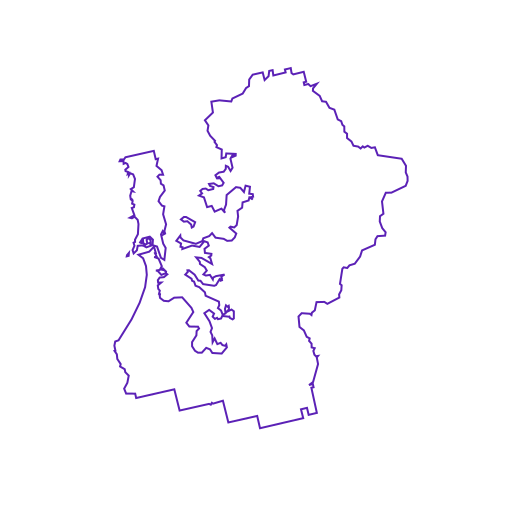 Lake Macquarie, New South Wales, Australia, rotated 157°
{"feature_id": "25037944B40753124190116", "entity_name": "Lake Macquarie", "entity_type": "district", "adm_level": 2, "iso_a3": "AUS", "parent_name": "Australia", "parent_adm1": "New South Wales", "projection": "orthographic", "projection_center": [151.587, -33.038], "detail": "fine", "context": "isolated", "style": "outline", "palette": "violet", "viewbox_px": 512, "rotation_deg": 157, "n_neighbors": 0, "source": "geoboundaries", "source_scale": "gbopen_adm2", "svg_char_len": 6146}
<svg xmlns="http://www.w3.org/2000/svg" viewBox="0 0 512 512"><g transform="rotate(157 256 256)"><path d="M249.6,377.2L248.6,373.3L249.9,371.7L245.9,367.4L249.6,359.3L245.3,358.8L243.3,362.0L234.8,357.9L235.5,356.3L239.3,356.3L237.7,357.4L238.8,357.6L241.5,355.6L243.1,346.4L246.2,344.2L246.8,349.0L248.5,350.8L249.8,348.0L252.8,346.2L257.5,347.3L261.8,346.2L261.6,342.7L259.9,342.0L260.5,343.3L258.9,343.2L257.2,336.0L259.6,334.2L263.3,334.9L266.5,339.4L271.1,340.7L271.0,338.6L268.2,336.0L269.2,334.4L274.2,335.2L275.9,337.7L279.0,338.6L281.9,337.7L281.2,334.7L284.9,333.9L281.0,330.3L281.9,320.1L277.2,319.4L276.7,313.0L269.3,313.1L267.6,307.9L267.7,310.6L263.5,315.0L259.2,323.6L247.5,327.2L243.8,324.9L242.1,319.6L238.1,324.8L234.5,322.1L237.9,316.0L234.8,314.2L235.5,311.7L237.4,312.1L237.0,309.4L239.2,312.5L241.1,310.0L247.4,310.6L249.9,305.9L255.4,304.8L257.0,299.4L261.7,292.0L264.9,290.8L268.0,293.0L269.4,292.5L265.4,284.4L268.3,281.4L272.3,279.7L276.6,281.2L279.0,284.4L286.1,288.7L287.5,294.2L291.3,292.6L297.6,292.9L299.6,290.7L306.6,290.7L316.7,298.7L318.3,302.6L317.7,304.4L323.4,301.1L320.1,296.8L321.9,294.0L320.2,292.8L321.1,291.2L310.8,290.6L304.4,286.4L297.8,289.8L295.2,287.4L295.4,284.0L300.6,282.7L301.8,278.8L296.2,275.4L297.0,273.9L299.8,273.4L298.9,271.8L299.6,265.8L306.9,275.5L311.6,278.1L310.0,272.6L310.7,270.6L307.5,265.7L307.0,261.8L311.6,259.6L309.8,257.6L305.8,256.6L304.9,251.3L303.8,252.9L300.7,253.1L292.2,251.2L296.0,250.6L296.4,248.7L295.3,248.4L296.7,248.6L296.8,247.0L298.3,247.1L298.7,248.8L304.1,244.9L306.1,244.9L315.7,250.8L316.8,254.9L318.7,255.9L319.8,262.8L323.3,269.1L324.7,269.6L325.0,268.0L328.4,266.5L324.2,260.2L324.5,258.2L323.0,256.6L323.3,252.3L320.4,249.5L317.2,242.5L317.9,239.1L308.0,228.5L309.0,225.1L311.4,222.9L309.5,219.5L309.6,214.9L306.4,215.1L305.2,219.5L302.9,222.3L302.0,220.4L300.6,220.8L300.9,219.4L301.9,217.4L305.3,215.9L299.5,216.3L298.0,213.8L300.8,207.2L302.3,206.8L304.3,209.3L304.0,211.6L304.3,210.5L310.5,214.0L312.6,212.1L315.7,212.7L316.0,214.3L318.4,214.2L319.6,217.1L317.1,219.4L320.2,224.7L325.9,223.5L324.3,214.1L324.7,206.8L327.5,203.9L327.3,200.1L329.6,193.6L326.3,196.3L326.0,190.0L322.5,189.9L321.7,187.1L319.5,185.4L317.9,186.3L318.5,183.3L325.7,179.6L334.1,183.8L334.8,188.0L337.7,190.9L343.6,188.2L347.2,189.7L349.2,192.6L350.1,197.9L348.5,201.7L341.9,206.2L340.0,210.1L336.8,211.5L337.0,213.6L344.9,217.1L346.2,221.8L335.6,228.9L335.7,233.5L340.1,246.8L347.6,249.6L354.2,248.5L358.4,250.8L360.7,254.9L359.9,258.2L358.6,257.9L360.1,259.0L358.1,261.7L358.8,263.9L357.9,267.3L353.6,268.6L356.5,269.7L355.8,272.1L353.1,273.8L349.0,272.5L344.8,273.8L345.8,275.4L350.5,275.6L352.3,280.7L353.8,281.7L350.1,280.8L346.7,283.4L346.7,291.7L350.1,294.9L347.6,293.7L348.0,299.1L347.2,296.6L346.3,304.4L352.6,301.7L363.7,303.1L360.8,298.0L361.2,289.7L363.9,281.3L370.3,270.6L381.4,258.4L395.3,246.3L415.5,232.1L419.0,232.3L421.4,228.8L422.4,223.8L423.3,223.9L422.5,219.9L423.9,215.4L422.8,209.4L424.3,207.4L421.1,203.1L421.7,200.1L419.9,195.6L424.0,189.5L429.2,185.4L429.3,180.1L421.0,176.5L421.8,172.1L383.3,165.2L386.7,143.6L357.0,138.2L355.7,136.8L354.0,138.1L353.3,136.9L343.0,135.7L346.5,113.6L317.4,108.3L319.6,95.9L275.9,88.3L274.5,97.3L268.4,96.3L269.6,89.2L261.3,87.8L256.5,113.1L254.3,112.7L253.7,115.9L257.6,116.5L252.7,117.7L241.1,132.3L239.7,138.9L238.0,139.8L240.0,140.3L240.8,142.3L240.3,146.2L238.0,148.2L240.5,150.1L239.1,153.6L240.3,157.1L238.8,159.2L240.9,161.8L241.0,168.8L243.7,173.7L240.5,183.7L236.3,185.5L229.0,181.8L228.0,180.0L226.7,182.0L223.1,183.0L218.3,189.9L211.0,187.0L209.0,184.1L195.5,185.2L194.5,188.2L190.9,191.1L188.6,195.6L189.6,197.5L181.5,210.5L179.7,211.3L176.7,209.3L173.6,210.9L168.1,210.3L160.4,214.8L156.2,219.7L142.2,219.9L139.5,224.7L136.4,226.8L129.2,224.3L127.4,227.2L128.9,232.3L128.6,239.4L126.3,244.2L122.2,245.1L118.7,257.0L111.8,263.5L106.6,261.4L90.8,262.1L87.1,265.9L85.5,269.9L85.5,274.4L82.7,280.4L83.9,288.6L104.5,301.2L104.1,309.6L107.6,310.4L110.1,313.8L113.9,313.5L114.9,315.2L117.7,314.1L119.2,316.8L123.2,319.4L123.4,324.1L126.1,329.0L124.4,333.0L126.1,335.9L124.1,340.8L125.2,343.0L124.9,346.8L127.4,349.8L126.7,360.1L130.5,363.7L131.3,370.6L134.7,372.6L134.8,378.5L139.1,385.8L138.0,388.0L132.7,390.8L139.4,391.0L140.7,393.9L144.7,394.5L144.2,397.2L141.7,396.8L140.1,406.9L150.7,408.6L151.8,410.5L150.6,415.4L156.5,416.4L157.0,413.4L169.5,415.4L168.1,420.6L171.5,421.2L174.2,416.6L179.3,414.6L178.1,422.4L188.2,424.2L193.3,421.1L196.1,415.1L199.5,414.5L204.8,410.7L216.2,410.2L218.4,407.9L228.9,413.6L236.8,415.5L239.6,404.9L250.0,400.9L248.8,394.8L251.7,390.2L251.2,384.6L248.7,378.0L249.6,377.2ZM337.6,397.9L339.8,396.5L343.1,397.8L344.5,396.5L340.9,395.1L341.8,392.6L339.7,392.6L338.5,391.0L338.6,387.8L342.6,386.5L342.9,385.1L340.9,383.3L342.1,381.5L340.4,381.8L341.3,380.0L339.4,381.3L337.2,379.1L337.3,374.2L341.6,367.0L345.1,366.5L343.9,363.5L345.2,364.4L348.2,360.7L348.9,358.2L347.5,355.6L349.5,357.7L348.0,354.9L349.6,352.6L347.9,350.8L349.3,348.6L351.6,348.7L352.0,341.0L357.2,340.5L355.5,339.2L352.4,339.6L350.8,335.5L351.7,331.3L356.2,322.2L361.0,318.3L361.8,316.2L363.5,316.1L363.9,312.9L367.3,309.7L367.6,306.2L363.4,307.8L360.9,311.6L356.0,310.0L353.5,306.8L347.4,306.5L349.4,309.6L347.8,309.5L346.9,311.8L348.2,314.7L350.4,313.6L351.2,310.0L353.6,309.5L354.8,309.6L353.8,310.6L355.1,312.3L357.1,312.9L354.5,312.7L353.7,315.1L358.2,313.3L353.6,316.4L346.2,315.3L344.5,311.3L347.0,306.4L343.4,303.4L344.2,291.5L341.9,288.2L336.0,298.7L336.6,303.6L335.0,313.0L332.1,315.4L331.6,312.9L332.8,312.0L330.9,312.2L330.6,314.7L326.4,320.3L325.2,330.7L320.9,337.5L322.9,339.1L324.3,344.5L321.3,347.9L314.4,351.9L313.5,357.1L315.3,359.7L314.2,363.0L315.7,367.5L313.1,368.6L309.8,367.1L309.4,371.9L312.4,377.8L308.1,383.9L310.5,384.3L309.0,392.7L337.6,397.9ZM310.8,319.0L309.0,315.8L305.6,314.8L303.4,310.3L304.0,307.3L302.0,307.5L298.8,310.9L305.1,319.2L307.1,320.1L310.8,319.0ZM345.1,276.7L345.9,276.3L345.1,276.4L344.9,276.8L346.6,280.9L348.3,280.4L345.8,278.6L345.1,276.7ZM375.1,306.2L373.2,305.9L371.8,308.5L374.4,307.2L375.1,306.2Z" fill="none" stroke="#5b21b6" stroke-width="2"/></g></svg>